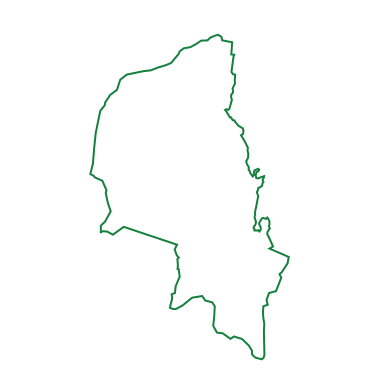 Barkeol, Assaba, Mauritania (Robinson projection), rotated 6°
{"feature_id": "47542326B92526973547543", "entity_name": "Barkeol", "entity_type": "district", "adm_level": 2, "iso_a3": "MRT", "parent_name": "Mauritania", "parent_adm1": "Assaba", "projection": "robinson", "projection_center": [-12.286, 16.647], "detail": "fine", "context": "isolated", "style": "outline", "palette": "green", "viewbox_px": 384, "rotation_deg": 6, "n_neighbors": 0, "source": "geoboundaries", "source_scale": "gbopen_adm2", "svg_char_len": 2609}
<svg xmlns="http://www.w3.org/2000/svg" viewBox="0 0 384 384"><g transform="rotate(6 192 192)"><path d="M90.1,143.2L90.1,157.2L90.5,174.0L89.0,184.8L92.5,186.2L94.0,187.7L101.7,190.2L104.3,194.9L106.7,199.0L106.3,201.9L108.8,209.8L110.0,212.9L113.2,219.7L108.5,230.8L105.8,233.7L104.9,235.2L105.5,241.5L107.7,240.3L111.8,240.2L117.8,242.7L127.8,233.8L135.9,235.6L182.6,246.0L180.8,251.0L183.5,256.6L185.7,258.6L184.5,260.2L185.6,266.3L185.7,270.1L186.8,270.1L188.6,277.4L185.6,287.5L185.6,294.2L182.5,295.8L183.4,300.0L182.8,304.4L182.1,309.4L185.0,310.3L188.0,310.2L194.5,305.8L203.2,297.1L213.0,294.4L216.5,298.5L223.6,299.6L226.6,303.4L227.1,314.0L227.1,322.9L231.5,329.2L237.2,329.3L245.6,334.0L248.9,331.3L257.3,333.0L264.6,338.8L268.2,343.5L268.7,347.3L272.2,350.0L278.7,351.1L280.3,349.8L281.1,346.8L278.0,322.5L277.7,315.7L276.0,309.3L275.2,304.9L274.9,298.2L279.1,296.2L277.4,291.6L279.2,284.4L285.9,281.8L288.6,272.1L289.7,267.8L287.6,264.6L289.7,262.3L294.5,253.0L295.0,246.5L275.0,240.2L278.3,237.8L273.0,228.6L271.2,226.1L271.3,223.8L272.3,221.6L273.2,220.2L272.1,218.4L272.4,217.0L272.2,213.5L270.6,210.5L269.4,209.5L268.4,211.0L265.4,210.4L264.3,210.9L262.4,215.0L262.0,216.5L263.7,219.5L264.4,221.4L264.0,222.8L263.1,224.2L261.9,223.0L260.6,223.6L258.1,223.7L258.1,222.4L257.3,221.9L256.9,220.7L257.0,220.2L258.1,218.7L258.4,217.8L258.9,215.4L256.8,210.4L257.3,207.5L256.7,206.2L257.6,197.5L258.0,192.3L258.3,189.2L256.5,185.4L257.4,183.2L257.6,180.9L258.7,180.5L258.7,180.4L261.1,178.6L261.2,175.6L262.0,174.7L260.9,172.3L262.0,170.1L262.0,168.7L259.0,170.1L256.1,171.7L254.4,171.3L253.6,168.6L254.1,165.4L255.9,164.4L256.5,163.0L255.4,162.0L253.0,163.4L252.1,163.8L251.5,165.6L251.7,168.8L250.8,170.2L248.1,167.2L247.0,164.8L246.0,164.2L245.9,161.3L243.8,158.7L242.7,155.9L244.2,152.0L244.0,148.2L242.9,144.8L242.9,142.0L239.0,135.9L234.8,130.4L236.7,129.0L236.8,125.8L235.9,123.4L231.3,121.3L228.0,118.1L226.6,116.3L224.9,116.3L222.9,113.6L221.8,113.8L217.6,108.1L216.3,106.9L217.4,106.1L219.4,106.5L220.4,105.7L221.4,100.3L221.6,97.5L221.7,98.4L222.1,96.6L220.9,93.1L220.8,91.3L222.3,88.9L222.3,87.0L221.5,84.8L223.4,79.6L222.8,76.3L222.8,73.5L222.7,70.8L220.5,70.6L218.7,68.5L219.1,53.7L219.6,51.1L216.7,51.1L216.3,38.9L206.2,38.0L205.1,34.7L201.6,32.9L198.6,34.1L194.2,36.5L191.5,39.6L185.3,40.5L180.6,44.4L175.3,48.1L168.9,49.9L165.0,53.5L164.4,55.9L157.6,66.0L152.5,68.7L145.1,71.8L138.1,75.4L131.9,76.7L127.2,78.1L124.5,79.0L114.7,82.1L108.9,87.9L106.7,98.2L100.5,104.0L96.3,112.0L96.2,114.8L92.3,120.9L91.3,130.8L90.1,143.2Z" fill="none" stroke="#15803d" stroke-width="2"/></g></svg>